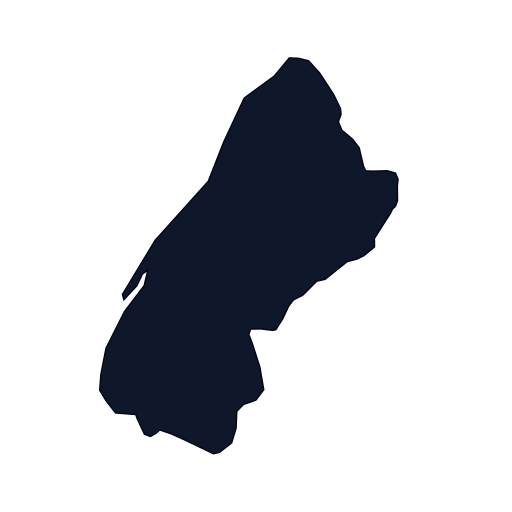 El Salvador, Natural Earth projection, rotated 103°
{"feature_id": "SLV", "entity_name": "El Salvador", "entity_type": "country or territory", "adm_level": 0, "iso_a3": "SLV", "parent_name": "North America", "parent_adm1": "", "projection": "natural_earth1", "projection_center": [-88.816, 13.798], "detail": "fine", "context": "isolated", "style": "filled", "palette": "ink", "viewbox_px": 512, "rotation_deg": 103, "n_neighbors": 0, "source": "natural_earth", "source_scale": "50m", "svg_char_len": 1051}
<svg xmlns="http://www.w3.org/2000/svg" viewBox="0 0 512 512"><g transform="rotate(103 256 256)"><path d="M179.6,133.6L183.9,134.5L212.1,144.6L220.5,142.6L231.2,150.8L236.4,157.1L240.9,165.9L263.2,183.5L266.9,191.2L283.6,201.6L290.3,209.6L297.5,212.9L311.4,215.9L323.3,220.1L324.7,223.0L325.9,234.8L328.4,244.8L334.1,245.4L341.0,240.6L363.3,227.3L384.5,218.4L396.4,223.7L403.5,234.8L411.6,239.8L428.3,236.7L443.5,237.7L455.5,247.4L458.2,253.0L451.0,285.2L448.3,299.0L447.1,310.7L451.4,313.7L455.6,318.3L454.7,324.6L441.6,334.9L437.5,337.5L440.5,357.5L430.8,369.5L421.9,378.1L406.2,380.5L379.6,381.4L339.6,371.6L310.0,358.3L294.1,358.2L299.1,362.6L311.7,365.4L328.3,374.9L323.5,377.5L263.4,357.8L193.9,319.3L152.3,313.1L104.8,303.0L76.6,278.7L55.5,268.1L53.8,258.9L54.0,248.6L63.6,234.9L81.4,216.5L93.3,206.9L98.8,205.0L106.6,206.0L114.1,200.7L120.6,188.0L127.4,179.8L144.5,171.4L148.4,168.2L147.0,161.0L143.4,147.2L143.9,138.7L149.5,134.8L156.2,134.0L170.1,130.6L176.1,131.3L179.6,133.6Z" fill="#0f172a" stroke="#020617" stroke-width="1.5"/></g></svg>